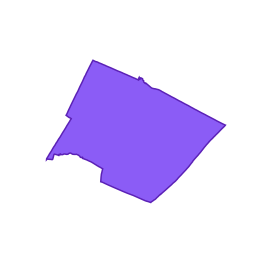 Serbanesti, Olt, Romania, rotated 241°
{"feature_id": "2599482B90553922422134", "entity_name": "Serbanesti", "entity_type": "district", "adm_level": 2, "iso_a3": "ROU", "parent_name": "Romania", "parent_adm1": "Olt", "projection": "robinson", "projection_center": [24.682, 44.329], "detail": "fine", "context": "isolated", "style": "filled", "palette": "violet", "viewbox_px": 256, "rotation_deg": 241, "n_neighbors": 0, "source": "geoboundaries", "source_scale": "gbopen_adm2", "svg_char_len": 5534}
<svg xmlns="http://www.w3.org/2000/svg" viewBox="0 0 256 256"><g transform="rotate(241 128 128)"><path d="M83.3,214.6L83.9,214.1L85.5,213.0L86.2,212.5L88.1,211.2L91.2,209.1L92.0,208.6L92.7,208.2L96.8,205.5L100.4,203.1L102.2,202.0L104.4,200.5L105.1,200.0L106.0,199.4L110.6,196.5L111.7,195.7L114.3,194.1L115.5,193.3L117.0,192.4L118.2,191.7L120.1,190.4L120.6,190.1L121.1,189.7L122.7,188.7L123.0,188.5L124.1,187.8L124.4,187.6L124.8,187.4L125.8,186.7L126.1,186.5L127.1,185.8L127.9,185.3L130.8,183.5L131.3,183.2L132.2,182.6L134.1,181.3L138.7,178.4L141.0,176.9L142.5,176.0L143.3,175.4L144.7,174.7L145.4,174.2L145.7,174.0L146.2,173.7L146.4,173.5L146.7,173.3L146.9,173.1L147.2,172.8L147.7,172.2L148.8,171.1L149.4,170.3L150.0,169.6L150.5,169.0L151.0,168.5L151.3,168.3L151.7,168.0L152.1,167.8L157.7,165.7L158.8,165.3L158.8,165.1L158.7,165.0L158.7,164.9L158.6,164.7L159.0,164.5L160.2,164.2L160.5,164.1L161.0,164.1L161.5,164.5L161.8,164.6L162.0,164.5L162.6,164.3L163.1,164.1L163.3,164.1L163.5,164.2L163.6,164.4L163.7,164.5L163.9,164.6L164.1,164.6L164.3,164.5L164.5,164.2L165.1,163.9L165.3,163.8L165.3,163.7L165.4,163.4L165.6,163.4L165.8,163.3L165.8,163.2L165.7,163.1L165.3,162.9L165.3,162.7L165.2,162.6L165.0,162.2L164.8,162.0L164.8,161.9L164.9,161.7L165.0,161.7L165.3,161.9L165.5,162.0L165.8,162.0L166.5,162.2L166.9,162.3L166.8,162.1L166.4,161.8L166.2,161.7L165.9,161.1L165.7,160.8L165.6,160.7L165.3,160.6L165.0,160.4L165.3,160.2L166.2,159.5L167.4,158.6L168.2,158.1L168.6,157.7L169.2,157.2L170.4,156.3L171.3,155.6L171.9,155.2L172.5,154.7L173.2,154.2L173.9,153.6L174.8,153.0L175.5,152.5L176.1,151.9L176.9,151.4L177.6,150.8L178.1,150.4L179.4,149.5L181.3,148.0L181.8,147.6L182.7,146.8L184.7,145.3L187.1,143.5L187.9,142.9L189.0,142.1L190.7,140.7L191.1,140.4L191.6,140.0L193.3,138.7L193.7,138.5L193.9,138.3L194.8,137.6L195.6,136.9L196.1,136.6L196.6,136.2L197.5,135.5L198.0,135.1L199.0,134.2L199.5,133.9L200.0,133.6L200.4,133.3L201.0,132.8L201.2,132.6L201.3,132.3L201.6,132.1L201.9,131.8L202.2,131.6L203.6,130.6L203.8,130.5L204.2,130.2L203.9,129.8L203.6,129.2L199.8,123.5L198.6,121.8L195.9,117.8L195.3,117.1L194.9,116.6L193.8,114.7L192.7,113.3L191.8,112.1L190.8,110.8L187.2,105.6L185.4,103.2L184.4,101.9L182.8,99.3L175.2,88.5L174.3,87.3L172.4,84.6L171.0,82.8L170.3,81.9L169.1,80.0L168.5,80.3L166.7,81.1L165.9,81.5L165.4,81.8L165.0,82.2L163.7,82.9L163.5,82.6L163.3,82.3L163.0,81.6L162.5,80.8L162.0,80.0L161.4,78.9L160.3,76.9L159.6,75.6L158.8,74.3L158.1,73.2L157.6,72.2L157.0,71.2L156.7,70.7L156.4,70.1L156.1,69.5L155.7,68.8L155.2,67.9L154.0,65.9L153.2,64.5L152.9,64.0L152.2,62.5L151.8,61.7L151.3,60.9L150.8,60.0L150.3,59.2L149.6,57.7L148.6,56.2L148.5,55.9L148.2,55.5L147.8,54.6L147.3,53.6L146.3,51.9L145.8,51.1L144.6,49.1L144.4,48.5L143.9,47.8L143.6,47.1L143.3,46.6L142.9,46.0L142.5,45.3L141.9,44.3L141.6,43.9L141.4,43.3L140.9,42.6L140.7,42.1L140.5,41.9L140.1,41.6L139.8,41.4L140.0,42.0L139.8,42.5L138.5,44.4L138.4,44.5L138.1,45.0L137.9,45.5L137.7,45.7L137.4,45.9L137.2,46.1L137.1,46.3L137.1,46.5L137.2,47.0L137.7,47.5L138.3,48.1L139.9,49.6L140.4,50.1L140.6,50.4L140.8,50.6L140.8,50.8L140.8,51.0L140.7,51.1L139.5,52.4L139.3,52.6L138.5,53.4L137.6,54.1L138.2,54.6L137.5,55.3L137.4,55.7L137.5,55.9L138.1,56.0L138.0,56.4L137.5,56.5L137.0,56.8L136.8,57.1L136.4,57.9L136.3,58.5L136.4,58.9L136.1,59.8L135.9,60.1L134.9,61.3L134.6,61.7L134.4,62.2L134.3,62.8L134.2,63.0L134.3,63.5L134.4,63.9L134.4,64.2L134.3,64.5L134.2,64.9L133.9,65.6L133.7,65.8L133.1,66.1L132.6,66.4L132.3,66.6L131.9,66.9L131.7,67.1L131.0,68.2L130.7,68.7L130.3,69.4L130.1,70.0L129.9,70.3L129.3,70.7L128.9,71.0L128.4,71.4L128.2,71.5L127.3,71.9L126.7,72.1L126.4,72.2L126.0,72.2L125.6,72.1L125.3,72.3L124.7,73.3L124.6,73.6L124.5,74.0L124.2,74.1L123.5,73.5L123.2,73.7L122.3,74.6L121.5,75.2L120.3,76.3L119.3,77.0L117.4,78.4L116.1,79.4L114.0,80.6L112.0,81.7L110.4,82.6L109.7,82.9L109.1,83.4L108.7,83.6L108.4,83.7L107.7,84.2L107.0,84.7L106.4,85.0L105.2,85.7L104.6,86.1L102.3,84.0L101.4,83.2L100.5,82.3L100.0,82.0L99.6,81.7L98.2,80.7L94.2,78.1L93.5,78.8L92.6,79.6L90.6,81.0L87.9,83.0L86.4,84.1L85.7,84.7L84.7,85.4L75.2,92.7L71.4,95.7L68.0,98.6L67.7,98.8L67.4,99.1L67.0,99.5L62.1,103.2L60.0,104.8L57.1,107.0L56.3,107.6L55.9,107.9L55.1,108.7L54.7,109.0L54.4,109.4L54.0,109.8L53.6,110.2L53.0,110.7L52.8,110.9L52.4,111.3L52.1,111.5L51.8,111.8L52.0,112.2L52.1,113.2L52.2,114.4L52.3,115.2L52.4,115.7L52.4,117.0L52.5,117.3L52.5,117.6L52.9,118.9L53.2,119.8L53.3,120.5L54.1,123.2L54.3,124.2L54.1,124.2L54.3,125.2L54.8,127.1L55.0,128.3L55.1,128.8L55.3,129.4L55.4,130.2L55.7,131.4L56.0,132.7L56.1,133.1L56.5,134.8L57.0,137.1L57.3,138.5L57.5,139.2L57.6,139.5L57.9,140.5L58.3,142.6L58.4,143.2L58.5,143.6L58.7,144.3L59.0,145.1L59.3,146.2L59.6,146.8L59.9,147.6L60.2,148.5L60.8,150.5L61.2,151.9L61.5,152.7L61.8,153.6L62.9,157.0L63.1,157.7L63.5,158.8L64.1,160.4L64.3,161.1L64.8,162.5L64.9,162.8L65.1,163.2L65.2,163.3L65.7,164.6L66.0,165.2L66.2,165.7L66.5,166.3L66.6,166.7L67.1,167.8L67.2,168.2L67.5,168.4L67.8,169.1L67.9,169.4L68.6,171.2L69.1,172.7L69.3,173.2L69.8,174.7L70.3,176.2L70.8,177.3L71.0,178.0L71.3,178.8L72.0,180.6L72.3,181.1L72.6,182.0L73.0,182.8L73.2,183.4L73.5,184.1L73.9,184.9L74.4,186.2L74.6,186.8L74.9,187.5L75.2,188.2L75.6,189.4L75.7,189.8L76.0,190.6L76.2,191.1L76.3,191.4L76.4,191.7L76.7,192.5L76.8,192.5L76.9,193.0L77.1,193.6L77.3,194.3L77.6,195.3L77.7,195.9L77.8,196.2L78.0,197.0L78.7,199.1L78.9,200.0L79.3,201.2L79.5,201.9L79.7,202.7L80.5,205.5L80.8,206.3L81.2,207.7L81.5,208.6L82.0,210.4L82.2,211.2L82.6,212.7L83.1,214.2L83.3,214.6Z" fill="#8b5cf6" stroke="#5b21b6" stroke-width="1.5"/></g></svg>